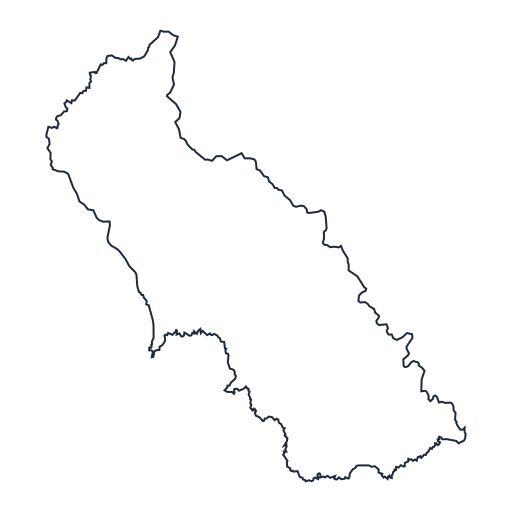 the district of Bo Rai, Trat, Thailand
{"feature_id": "78962969B7506973022897", "entity_name": "Bo Rai", "entity_type": "district", "adm_level": 2, "iso_a3": "THA", "parent_name": "Thailand", "parent_adm1": "Trat", "projection": "natural_earth1", "projection_center": [102.579, 12.575], "detail": "fine", "context": "isolated", "style": "outline", "palette": "slate", "viewbox_px": 512, "rotation_deg": 0, "n_neighbors": 0, "source": "geoboundaries", "source_scale": "gbopen_adm2", "svg_char_len": 6000}
<svg xmlns="http://www.w3.org/2000/svg" viewBox="0 0 512 512"><path d="M177.8,36.7L173.2,35.2L168.6,31.6L164.0,31.7L160.4,30.7L158.0,37.2L149.4,44.9L149.4,46.5L148.1,47.7L148.0,50.0L144.2,56.4L140.0,58.6L134.8,58.9L133.1,60.5L132.1,60.4L131.3,58.5L130.0,58.8L128.5,57.0L126.0,60.8L122.9,59.0L120.9,59.4L118.1,58.0L115.2,57.8L111.9,55.4L107.5,56.0L106.5,57.9L106.2,63.2L104.0,63.1L102.3,65.0L100.7,64.4L96.5,73.0L95.4,73.2L94.9,71.9L89.8,72.7L89.9,74.6L91.0,75.9L90.3,79.3L91.1,81.4L89.4,83.1L89.4,87.9L86.5,87.3L86.0,90.7L83.4,91.0L82.2,93.2L80.3,92.8L74.7,100.6L72.0,100.2L71.4,103.1L66.7,100.4L66.2,102.0L64.4,103.4L65.9,107.5L67.4,108.7L66.9,111.2L64.2,111.4L60.9,115.1L57.2,116.3L56.3,117.6L55.9,119.5L57.4,120.6L58.7,124.0L57.5,125.9L57.6,127.8L56.7,128.3L54.2,126.6L52.1,127.9L48.4,126.8L46.4,134.6L46.4,136.9L48.7,138.5L49.2,140.5L49.6,144.0L47.4,148.1L50.6,152.8L50.4,159.3L51.9,161.5L50.7,165.0L52.7,167.7L52.6,169.2L58.3,171.3L64.2,171.7L68.1,173.8L73.3,187.7L77.1,194.2L79.4,201.4L84.3,204.7L87.9,209.3L93.4,210.3L96.7,217.8L99.2,220.2L103.2,221.7L109.6,221.5L109.9,225.3L107.4,238.0L108.2,241.9L111.1,245.5L117.5,249.3L120.2,252.1L125.6,259.2L129.4,266.3L135.3,272.2L136.4,274.5L137.3,286.2L139.0,292.1L140.5,292.7L141.5,294.9L143.1,295.0L143.9,297.6L146.7,301.0L146.2,304.3L148.7,305.3L152.6,319.2L153.5,324.9L153.6,337.9L151.9,341.6L152.0,344.2L151.3,344.6L151.6,346.4L151.2,347.6L149.4,347.4L149.2,348.8L149.2,350.3L151.5,350.4L152.9,351.6L151.8,357.2L153.3,356.9L154.4,351.4L156.5,350.2L159.3,350.0L159.7,346.6L162.3,345.2L164.6,341.9L165.2,339.4L164.5,335.5L165.7,334.6L167.2,335.1L168.1,332.9L172.3,334.8L175.3,332.0L176.2,330.0L176.9,330.6L176.6,334.6L179.4,333.4L180.9,336.0L182.4,336.6L183.9,335.5L184.4,332.6L189.7,335.8L191.4,335.3L192.4,332.8L194.3,333.6L194.1,331.3L197.0,333.7L198.0,331.0L200.3,329.0L200.8,333.2L202.7,330.9L207.1,335.1L210.0,333.4L210.5,334.5L212.1,335.2L214.0,333.9L217.3,335.5L218.1,337.1L219.9,338.2L220.8,341.5L224.2,342.0L224.9,348.2L226.2,348.7L225.4,350.4L225.9,353.2L228.1,353.9L228.5,355.6L227.8,362.2L229.9,368.6L233.5,369.7L234.8,371.9L234.6,374.1L235.9,376.0L235.2,378.8L231.0,382.5L229.4,385.7L227.4,385.7L227.2,387.6L224.5,390.3L227.3,391.9L232.1,392.0L233.9,393.8L234.6,392.3L233.9,390.0L234.4,389.0L237.2,388.8L238.9,390.7L243.4,388.9L246.0,386.5L246.8,388.2L248.5,388.7L248.4,390.5L249.6,391.6L248.6,394.7L250.5,398.3L250.1,399.2L251.0,399.7L250.3,403.1L251.4,404.9L250.2,407.7L252.0,409.8L253.4,408.9L253.4,410.3L255.1,409.4L256.1,411.1L254.9,412.4L255.8,415.6L260.0,417.6L262.6,421.0L264.0,420.8L264.7,418.6L266.5,418.4L268.9,416.6L272.1,417.2L274.6,420.2L276.3,418.8L278.3,419.6L278.8,422.6L281.2,424.2L282.7,427.6L284.6,428.2L283.4,430.5L284.9,433.1L284.8,435.4L285.6,435.3L285.5,436.6L287.4,438.1L286.8,441.5L284.1,445.8L286.4,444.8L286.6,446.4L285.3,449.3L286.3,451.7L283.9,451.4L284.2,453.6L283.1,454.6L287.5,460.9L286.8,462.2L287.2,466.6L290.3,468.4L290.2,470.0L291.3,471.0L292.8,470.7L293.4,471.6L297.6,471.2L299.7,476.9L302.5,477.7L303.0,479.5L304.9,479.9L305.6,481.3L308.9,480.3L311.7,481.2L313.2,480.3L313.6,478.3L315.2,477.7L318.2,479.1L318.9,477.3L317.5,476.7L317.3,475.6L317.9,473.9L319.1,473.3L319.9,473.6L320.8,477.3L323.4,476.5L324.9,477.4L327.6,475.9L330.2,477.8L335.1,476.0L334.1,478.4L335.3,479.3L337.0,479.4L339.0,477.4L341.2,479.2L344.7,478.7L345.2,477.2L348.3,478.6L349.2,477.7L349.9,473.3L352.8,469.3L355.4,467.9L356.6,465.8L358.8,465.4L368.8,465.4L371.4,466.7L375.0,466.3L378.7,469.6L378.5,472.5L382.3,473.8L381.6,475.1L383.5,477.5L384.9,476.6L387.6,478.9L388.1,476.7L389.2,475.7L389.8,477.4L391.8,478.0L391.6,475.3L392.6,474.5L393.1,472.1L394.4,471.2L394.3,470.0L396.0,469.9L395.6,468.3L396.2,466.8L398.3,467.7L400.9,465.2L403.7,466.6L404.7,466.3L404.9,462.8L408.0,461.7L408.4,458.8L410.1,459.8L411.5,459.3L413.0,460.9L415.0,459.5L416.7,460.7L417.8,457.1L420.4,456.2L420.4,457.5L421.5,457.8L424.0,454.8L426.0,454.8L426.6,452.8L428.2,451.9L430.2,448.0L431.9,448.9L432.8,447.0L433.9,446.9L435.1,445.2L435.1,443.2L436.2,443.3L437.6,445.1L439.2,444.2L440.0,442.3L438.1,441.3L437.6,439.5L439.3,439.3L438.7,437.8L439.1,436.8L441.3,437.5L442.4,439.3L446.6,439.1L456.4,441.0L458.4,443.3L464.1,440.5L465.2,438.0L465.6,433.9L464.6,432.1L464.6,427.8L463.1,429.5L460.4,429.8L457.7,425.9L456.3,423.2L456.6,421.9L455.1,420.0L455.5,412.7L453.7,410.5L453.3,405.7L451.9,403.4L450.4,402.6L444.9,402.9L441.9,401.7L439.0,402.5L436.9,396.9L435.2,395.5L433.4,396.5L433.0,398.7L430.4,401.2L428.4,399.1L428.7,395.9L426.6,391.7L425.1,390.8L421.3,391.3L421.6,379.6L424.5,370.9L422.0,367.7L418.7,365.5L418.9,363.6L417.9,362.4L413.4,361.0L411.1,362.4L408.4,365.9L406.7,366.8L404.7,367.0L403.6,365.8L403.3,359.4L408.0,355.3L409.0,353.4L406.6,348.7L406.5,346.7L412.5,337.7L412.0,334.2L406.8,333.1L402.7,337.1L396.9,339.9L393.4,338.4L391.7,334.5L388.6,334.5L387.1,332.3L386.7,331.2L387.9,328.1L386.5,324.3L379.3,325.0L377.8,324.3L376.5,322.4L376.5,320.7L378.8,317.3L379.0,315.8L375.2,312.6L374.2,309.2L369.0,305.9L368.1,304.3L365.1,302.1L360.3,302.5L358.4,300.9L359.0,295.5L362.1,292.4L365.7,290.8L366.2,288.6L364.2,287.2L357.4,276.4L348.6,270.4L348.7,264.4L347.7,262.0L347.7,258.4L343.0,250.9L341.0,245.9L338.9,247.4L334.1,246.7L330.1,247.2L327.2,245.1L324.2,244.7L322.8,242.9L324.1,238.4L323.8,232.0L326.0,230.2L326.6,228.2L325.7,216.7L324.3,211.7L321.0,210.2L318.4,211.7L309.2,213.0L307.1,212.4L306.8,209.5L304.0,206.2L300.8,205.6L296.1,206.8L293.3,205.8L290.0,200.1L284.5,195.5L282.0,190.5L278.5,189.7L277.0,188.1L274.6,187.9L272.7,184.3L269.0,181.4L268.0,177.4L263.9,176.1L260.0,170.5L256.6,169.1L255.8,161.6L254.5,159.5L250.2,158.3L244.7,158.3L241.6,153.2L227.0,160.3L221.7,156.1L216.3,156.2L212.1,160.8L207.6,159.5L205.3,159.8L195.9,152.2L194.2,149.8L192.2,149.4L187.3,144.2L186.0,141.1L184.1,139.0L180.6,137.8L179.0,129.2L175.2,122.0L179.4,118.3L180.5,112.0L176.2,104.3L166.9,96.1L167.2,94.9L170.0,92.8L174.0,84.7L172.5,77.5L173.9,72.2L174.5,61.9L170.2,52.1L175.0,45.5L177.8,36.7Z" fill="none" stroke="#1e293b" stroke-width="2"/></svg>